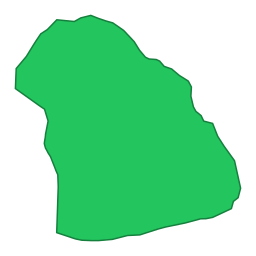 Ouara, Ouaddaï, Chad
{"feature_id": "50815135B92277339053304", "entity_name": "Ouara", "entity_type": "district", "adm_level": 2, "iso_a3": "TCD", "parent_name": "Chad", "parent_adm1": "Ouaddaï", "projection": "natural_earth1", "projection_center": [20.732, 13.712], "detail": "fine", "context": "isolated", "style": "filled", "palette": "green", "viewbox_px": 256, "rotation_deg": 0, "n_neighbors": 0, "source": "geoboundaries", "source_scale": "gbopen_adm2", "svg_char_len": 1119}
<svg xmlns="http://www.w3.org/2000/svg" viewBox="0 0 256 256"><path d="M56.7,232.6L56.8,232.7L68.9,236.7L72.1,237.8L75.5,238.9L81.7,240.2L91.7,240.6L98.4,240.6L112.3,239.4L127.5,235.5L139.8,234.9L157.8,229.1L165.6,227.0L185.5,222.9L200.7,218.8L205.9,218.7L212.6,217.4L222.9,212.6L231.4,208.6L233.4,201.4L238.1,197.7L240.6,188.2L234.5,160.7L224.2,146.4L217.7,136.3L212.6,123.4L203.7,121.1L201.1,115.6L195.9,111.4L193.4,106.8L190.9,96.2L191.4,87.0L188.3,81.1L179.4,75.5L173.3,70.4L171.7,69.0L169.4,68.2L164.2,66.4L159.8,61.3L159.7,61.1L158.8,60.7L156.2,59.5L149.1,59.0L145.4,57.2L139.5,50.2L134.2,41.7L123.6,30.4L112.8,22.9L106.1,21.0L98.4,18.4L90.8,15.4L80.8,17.9L74.3,21.5L56.8,19.8L47.3,29.6L40.8,33.8L36.6,40.0L33.4,45.0L28.6,52.8L26.4,56.4L16.4,68.3L16.2,68.5L15.4,88.6L39.1,105.5L43.5,108.5L44.5,109.1L47.8,120.0L48.1,121.0L45.9,132.4L45.5,134.3L45.5,135.1L45.2,137.7L44.6,141.1L44.3,143.6L45.0,146.3L45.5,148.1L46.8,150.4L48.3,153.3L49.5,155.1L50.5,156.7L54.8,167.5L55.8,170.2L56.0,170.7L57.8,174.8L58.2,185.8L58.2,187.1L58.2,187.7L56.7,232.5L56.7,232.6Z" fill="#22c55e" stroke="#15803d" stroke-width="1.5"/></svg>